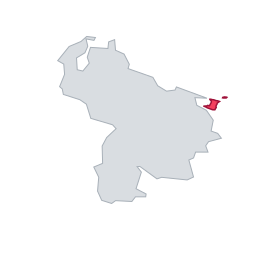 Trinidad and Tobago highlighted among its neighbors, rotated 22°
{"feature_id": "TTO", "entity_name": "Trinidad and Tobago", "entity_type": "country or territory", "adm_level": 0, "iso_a3": "TTO", "parent_name": "North America", "parent_adm1": "", "projection": "mercator", "projection_center": [-61.19, 10.695], "detail": "fine", "context": "with_neighbors", "style": "filled", "palette": "rose", "viewbox_px": 256, "rotation_deg": 22, "n_neighbors": 1, "source": "natural_earth", "source_scale": "50m", "svg_char_len": 1464}
<svg xmlns="http://www.w3.org/2000/svg" viewBox="0 0 256 256"><g transform="rotate(22 128 128)"><path d="M196.4,134.9L207.1,148.9L202.3,154.0L177.7,161.1L173.9,164.3L153.4,159.2L150.9,160.4L156.9,163.9L158.2,181.3L169.5,182.4L170.2,185.2L160.7,189.0L159.1,194.7L143.7,200.0L141.1,204.1L130.7,204.9L123.4,197.9L119.3,184.6L110.9,177.0L117.7,170.3L110.8,154.4L111.8,144.8L117.2,133.1L112.5,130.8L89.9,133.0L80.5,121.5L72.7,119.8L55.5,121.1L52.4,116.4L49.1,115.3L49.1,102.0L44.5,92.8L37.6,91.9L42.9,74.4L52.0,65.4L55.4,58.6L63.9,56.3L63.6,59.5L55.7,61.1L60.1,67.3L59.9,74.4L54.0,82.3L59.1,93.0L64.8,92.1L67.8,82.4L63.7,77.6L63.0,67.3L79.6,61.8L77.8,55.4L82.5,51.1L87.3,60.6L96.6,60.9L105.3,68.4L105.8,72.9L132.1,71.7L139.7,77.7L149.9,79.4L157.4,75.2L157.5,71.8L190.1,70.8L178.7,74.8L183.3,81.2L194.0,82.2L204.1,88.8L206.2,99.7L213.2,99.4L218.4,102.5L207.8,110.5L206.7,115.4L211.2,120.4L199.7,125.0L200.0,131.2L196.4,134.9Z" fill="#d9dde1" stroke="#a8b0b8" stroke-width="1"/><path d="M201.7,78.6L199.5,79.4L193.9,79.6L191.5,79.3L189.7,79.5L193.0,77.9L193.4,77.2L194.8,77.0L195.2,76.8L195.6,73.2L195.4,72.3L195.2,71.8L194.6,71.5L193.3,71.0L193.1,70.7L193.9,70.3L195.6,70.1L196.9,69.7L199.5,69.6L200.8,69.2L202.9,69.1L201.9,70.7L201.4,71.4L201.6,72.9L201.3,73.9L201.6,75.2L202.2,76.1L201.8,76.9L201.8,78.2L201.7,78.6ZM205.1,64.5L204.4,64.6L204.4,64.1L205.7,63.1L207.7,62.5L208.2,62.5L207.9,63.3L205.1,64.5Z" fill="#f43f5e" stroke="#9f1239" stroke-width="1.5"/></g></svg>